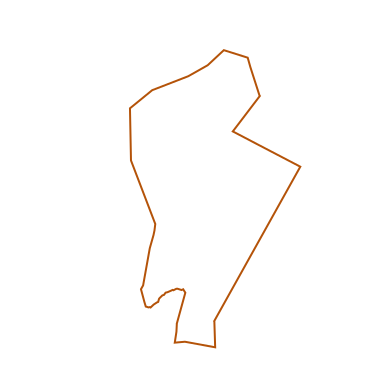 Santiago Zoochila, Oaxaca, Mexico, rotated 23°
{"feature_id": "50627088B50868088212733", "entity_name": "Santiago Zoochila", "entity_type": "district", "adm_level": 2, "iso_a3": "MEX", "parent_name": "Mexico", "parent_adm1": "Oaxaca", "projection": "natural_earth1", "projection_center": [-96.251, 17.216], "detail": "fine", "context": "isolated", "style": "outline", "palette": "amber", "viewbox_px": 384, "rotation_deg": 23, "n_neighbors": 0, "source": "geoboundaries", "source_scale": "gbopen_adm2", "svg_char_len": 782}
<svg xmlns="http://www.w3.org/2000/svg" viewBox="0 0 384 384"><g transform="rotate(23 192 192)"><path d="M274.0,325.9L263.1,302.3L262.9,302.2L281.8,126.4L233.0,122.5L205.9,120.3L216.9,77.1L216.5,76.9L196.9,54.2L190.8,46.6L165.9,49.0L156.9,69.2L143.3,86.9L115.6,113.8L102.2,139.2L123.5,186.8L170.7,235.8L172.5,242.1L173.4,246.7L175.1,260.2L183.5,297.1L183.0,301.4L191.2,311.9L194.2,315.5L195.9,315.3L196.9,315.3L198.2,314.4L199.0,314.5L200.7,310.6L202.9,307.3L203.8,306.4L203.4,303.3L203.6,302.4L205.1,298.8L206.5,297.5L206.8,295.8L207.1,294.9L208.5,293.9L211.0,291.3L212.4,289.7L213.3,289.7L215.4,287.2L216.5,286.7L220.7,286.3L221.9,285.0L225.2,287.3L229.5,319.4L229.7,319.7L232.3,326.8L235.0,337.4L244.0,332.6L274.0,325.9Z" fill="none" stroke="#b45309" stroke-width="2"/></g></svg>